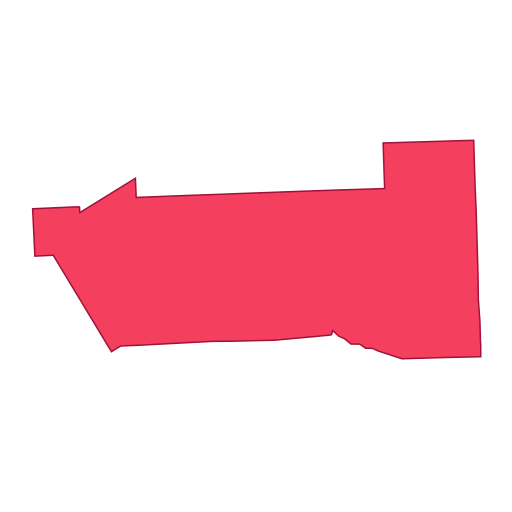 the district of San Miguel, New Mexico, United States of America, rotated 178°
{"feature_id": "52423323B97711428373458", "entity_name": "San Miguel", "entity_type": "district", "adm_level": 2, "iso_a3": "USA", "parent_name": "United States of America", "parent_adm1": "New Mexico", "projection": "albers", "projection_center": [-104.906, 35.456], "detail": "fine", "context": "isolated", "style": "filled", "palette": "rose", "viewbox_px": 512, "rotation_deg": 178, "n_neighbors": 0, "source": "geoboundaries", "source_scale": "gbopen_adm2", "svg_char_len": 722}
<svg xmlns="http://www.w3.org/2000/svg" viewBox="0 0 512 512"><g transform="rotate(178 256 256)"><path d="M125.0,364.5L125.1,318.9L151.0,319.0L169.5,319.1L210.3,319.1L324.6,318.9L373.7,318.7L373.8,337.9L430.6,305.5L430.7,311.2L433.8,311.4L477.6,311.0L477.1,272.2L477.0,263.6L458.6,263.8L403.8,165.4L394.4,170.8L376.3,170.9L320.6,171.9L302.5,172.2L283.3,171.7L240.1,171.2L185.9,174.3L183.3,174.7L181.9,178.8L176.1,173.0L170.5,170.3L164.1,164.7L155.3,164.3L149.7,160.0L142.7,159.6L137.0,156.7L113.7,148.2L76.4,148.0L34.9,147.5L34.5,160.1L34.7,162.9L34.6,167.3L34.5,183.4L35.3,204.2L34.8,230.5L34.6,253.7L34.4,295.5L34.6,318.6L34.4,364.0L41.2,364.1L125.0,364.5Z" fill="#f43f5e" stroke="#9f1239" stroke-width="1.5"/></g></svg>